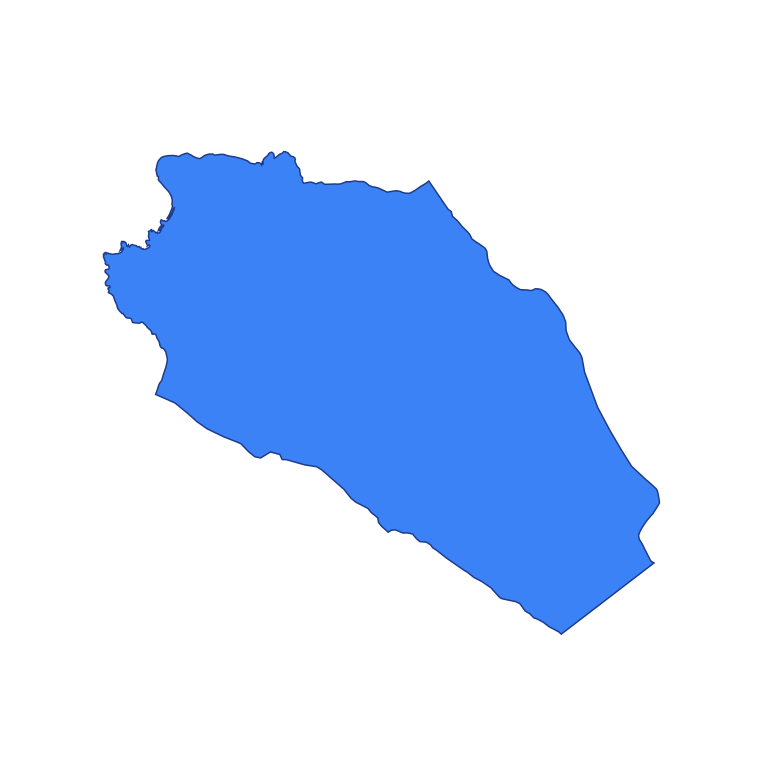 the district of Theodorine, Anse-la-Raye, Saint Lucia, rotated 12°
{"feature_id": "8701671B76033822027974", "entity_name": "Theodorine", "entity_type": "district", "adm_level": 2, "iso_a3": "LCA", "parent_name": "Saint Lucia", "parent_adm1": "Anse-la-Raye", "projection": "albers", "projection_center": [-61.054, 13.929], "detail": "fine", "context": "isolated", "style": "filled", "palette": "blue", "viewbox_px": 768, "rotation_deg": 12, "n_neighbors": 0, "source": "geoboundaries", "source_scale": "gbopen_adm2", "svg_char_len": 6096}
<svg xmlns="http://www.w3.org/2000/svg" viewBox="0 0 768 768"><g transform="rotate(12 384 384)"><path d="M411.4,523.8L419.0,528.1L421.5,525.6L425.3,524.3L433.7,525.8L437.7,524.8L443.2,524.8L447.9,528.6L451.9,530.7L458.4,529.9L463.1,531.7L465.6,534.0L470.0,535.7L480.9,541.1L501.3,549.7L504.5,550.7L512.4,554.6L520.6,556.8L531.2,561.2L536.6,565.2L542.0,569.0L544.5,569.5L558.2,569.5L562.6,570.6L569.3,576.7L574.0,578.2L579.4,581.7L582.6,582.0L589.0,583.8L595.9,587.1L606.5,590.1L609.4,591.8L685.3,502.9L682.5,502.0L681.8,501.6L681.2,501.0L673.5,491.5L670.1,487.1L665.9,482.7L664.5,479.3L664.8,476.4L665.4,473.8L666.6,470.1L668.5,465.3L669.8,462.4L672.9,456.6L674.2,454.7L674.5,453.4L675.6,450.7L677.9,444.2L678.1,443.0L677.7,441.4L674.8,434.1L672.9,430.7L671.5,429.6L663.7,425.0L659.6,422.8L643.3,413.0L629.9,399.2L615.3,383.2L597.8,362.4L577.7,330.6L572.2,317.1L569.3,313.2L567.6,311.7L562.7,307.8L556.0,302.1L551.1,294.1L548.8,285.5L545.6,280.5L544.2,278.7L538.3,272.9L529.6,265.7L526.0,262.4L523.0,260.4L518.3,258.9L517.1,259.0L516.2,258.8L512.3,259.3L510.5,260.8L508.8,261.9L507.0,262.2L504.7,262.2L497.9,263.4L493.7,262.2L489.4,260.3L486.1,257.8L484.8,256.3L474.9,253.8L467.6,251.0L462.8,245.9L461.3,243.8L459.2,239.5L457.0,232.9L455.4,230.9L454.5,230.1L448.5,227.4L444.4,225.9L439.9,223.9L436.6,219.7L433.6,217.5L427.8,213.8L421.8,209.0L416.1,205.7L413.9,201.3L410.4,199.8L385.7,176.2L385.4,176.2L384.4,177.8L383.8,178.5L378.3,183.6L374.3,188.0L372.0,190.0L369.8,191.8L369.0,192.2L365.2,192.9L361.9,192.8L360.4,192.3L356.2,192.3L352.7,193.5L347.2,195.7L338.5,193.6L334.4,193.3L331.5,193.6L328.1,192.9L324.2,190.8L321.6,190.3L317.4,191.2L313.3,191.4L308.2,193.4L305.6,193.8L304.4,194.3L304.2,194.6L300.6,196.9L299.3,197.5L296.5,198.3L295.1,198.4L284.6,201.0L281.6,199.9L281.0,199.5L279.8,199.9L275.8,202.3L275.0,202.3L273.1,201.9L271.1,201.7L269.9,201.9L266.7,203.1L264.1,204.3L263.3,204.1L261.9,202.3L261.5,199.3L259.1,197.4L257.9,194.8L256.9,191.8L256.5,191.0L253.6,189.0L250.4,184.6L250.7,183.1L249.9,181.5L248.2,180.6L245.4,180.4L241.9,177.8L239.1,177.3L237.5,177.6L237.1,178.5L236.1,179.8L234.2,180.9L230.4,185.6L229.8,186.0L229.1,184.0L228.9,183.0L228.0,181.6L226.1,180.6L224.4,181.4L223.2,183.0L222.9,184.4L219.9,188.3L219.4,189.7L219.3,191.3L219.1,191.7L220.5,194.5L218.8,192.8L218.8,195.4L217.7,194.2L216.7,193.7L215.7,193.6L214.5,193.7L213.4,194.1L213.0,194.9L211.6,195.7L207.4,195.8L204.1,194.1L198.2,193.2L190.7,192.9L186.2,193.2L181.9,193.1L179.7,192.7L178.0,193.1L176.8,193.2L170.6,195.4L168.7,194.6L165.1,195.5L161.8,197.2L160.0,198.8L158.7,200.4L156.9,201.9L153.3,201.8L149.6,200.9L148.2,200.3L143.6,199.1L141.2,200.2L137.7,202.5L136.2,204.2L133.6,204.1L130.4,204.3L127.7,204.9L124.7,205.8L121.4,207.2L120.2,207.9L118.7,209.3L117.0,212.5L116.5,214.9L116.4,219.1L116.7,220.1L116.3,221.3L116.7,222.6L118.9,227.7L119.6,227.8L120.3,228.1L120.9,231.3L126.1,235.2L127.6,236.5L133.4,240.6L134.9,242.2L137.2,245.0L138.7,248.2L139.3,252.6L140.2,254.1L140.0,256.8L139.9,258.1L139.5,258.8L139.1,262.1L137.5,267.0L137.0,267.7L138.1,266.9L139.8,264.4L141.4,259.5L141.8,256.2L142.2,255.5L142.3,254.3L142.2,258.1L141.8,258.8L141.4,262.1L139.8,267.0L138.1,269.4L137.1,270.3L135.1,270.0L134.8,270.3L134.2,270.3L132.0,269.8L131.7,270.2L131.6,272.1L133.2,274.5L133.2,275.7L132.2,277.1L131.7,278.6L131.3,281.0L132.6,280.3L133.5,279.1L134.0,276.0L134.5,274.6L135.5,274.5L135.5,275.7L134.5,277.1L134.0,278.6L133.5,281.7L132.6,282.9L131.4,283.6L130.9,283.0L130.3,282.9L129.1,283.6L128.7,283.0L126.1,281.8L125.5,283.0L125.1,283.2L124.8,282.2L124.4,281.4L123.9,281.7L123.2,283.0L121.9,283.7L122.5,284.8L122.8,286.0L122.8,288.1L123.2,289.1L124.7,291.9L124.7,292.3L124.4,292.4L123.2,292.7L122.5,292.7L121.6,293.0L121.3,294.1L122.1,295.4L123.7,297.2L123.9,297.6L123.8,298.1L125.3,296.9L126.0,297.2L126.2,297.6L126.1,298.4L125.7,299.3L122.4,302.0L121.7,302.1L121.0,302.2L120.3,301.8L120.1,302.0L118.8,302.2L118.3,302.0L117.7,300.8L117.3,301.0L116.6,301.1L115.7,300.4L115.0,301.0L114.3,301.1L113.0,300.2L109.8,300.2L108.9,299.9L108.2,300.2L107.8,300.5L107.4,301.0L107.0,302.4L106.7,302.9L106.1,302.6L105.1,301.0L104.7,302.4L104.4,302.9L103.8,302.6L102.2,299.6L101.0,298.9L100.0,299.3L99.9,298.7L98.7,298.9L97.8,299.6L98.6,301.2L97.7,299.9L97.6,300.8L97.7,301.9L98.6,303.8L98.7,304.4L98.6,306.5L98.1,308.3L99.9,306.8L100.4,305.9L101.0,304.4L100.9,306.5L100.7,307.6L99.9,309.4L99.0,310.3L97.7,311.2L96.3,311.9L95.6,312.2L93.9,312.6L91.5,313.6L90.7,313.7L89.5,313.5L88.4,313.7L86.6,313.3L85.8,313.8L85.3,314.6L84.8,313.2L84.4,313.3L83.5,313.8L83.0,314.6L83.3,315.6L82.7,315.7L83.3,318.2L83.7,318.7L86.3,322.9L86.3,324.0L86.6,324.5L87.4,325.1L88.1,325.4L89.3,324.9L90.2,325.7L90.7,326.5L91.1,328.3L90.9,328.7L87.9,330.2L87.7,330.6L87.7,331.3L87.9,332.4L90.0,333.9L91.6,334.8L92.5,336.2L92.5,337.5L92.4,337.9L90.4,342.1L90.5,343.5L91.3,345.1L91.6,345.3L92.5,345.6L93.2,345.6L94.2,345.1L94.7,345.1L95.4,345.4L95.6,345.7L95.1,346.5L95.6,346.7L94.4,347.3L94.1,347.7L94.4,348.7L95.6,349.3L95.7,350.4L95.2,351.4L95.5,351.8L96.2,352.2L98.1,352.6L98.9,352.9L100.9,354.2L101.5,355.1L103.5,358.5L106.3,362.4L106.9,363.8L108.1,365.8L111.0,368.2L112.3,368.9L113.1,369.6L114.2,369.4L117.1,372.0L117.9,372.6L118.6,372.8L119.4,372.8L121.4,372.5L122.9,372.6L123.8,373.5L124.8,375.5L125.4,376.0L126.8,376.1L132.3,375.3L134.0,373.8L135.4,374.1L137.8,375.5L139.6,376.7L140.3,377.5L141.6,378.4L144.4,379.9L144.9,380.4L145.7,381.2L146.5,383.0L146.9,383.4L147.2,383.5L148.2,383.1L148.5,382.7L148.9,382.7L150.6,383.3L151.0,383.7L152.3,386.2L154.1,388.0L155.8,390.4L156.8,392.9L158.0,394.3L159.0,395.0L160.1,395.0L161.0,395.2L162.3,396.3L164.0,398.2L166.7,404.0L167.2,406.6L167.2,412.7L166.3,420.1L165.9,426.0L165.5,427.5L164.3,430.0L163.8,433.0L163.6,435.8L162.8,441.7L183.5,446.0L198.0,453.5L208.8,459.7L220.3,464.6L238.3,469.0L256.4,472.1L265.5,478.3L272.7,482.0L278.7,482.0L287.0,474.1L296.8,474.6L300.1,479.1L304.1,478.3L322.2,479.5L324.5,479.5L335.3,478.9L340.7,480.8L366.7,495.3L375.6,502.7L381.2,505.5L394.3,509.1L397.8,512.1L405.7,516.2L407.4,520.5L411.4,523.8Z" fill="#3b82f6" stroke="#1e3a8a" stroke-width="1.5"/></g></svg>